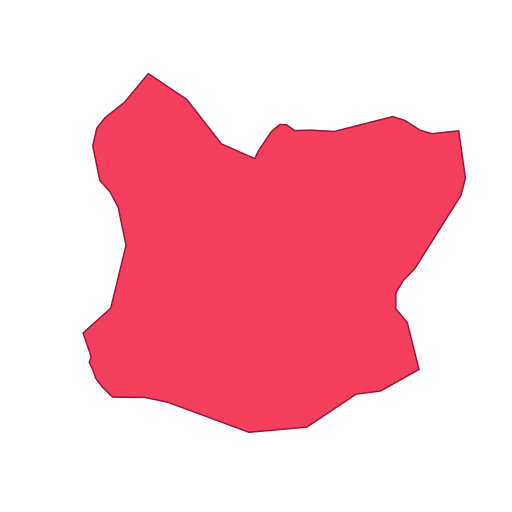 SVG path tracing the border of Grosuplje, rotated 285°
{"feature_id": "SVN-950", "entity_name": "Grosuplje", "entity_type": "Municipality", "adm_level": 1, "iso_a3": "SVN", "parent_name": "Slovenia", "parent_adm1": "", "projection": "natural_earth1", "projection_center": [14.681, 45.943], "detail": "fine", "context": "isolated", "style": "filled", "palette": "rose", "viewbox_px": 512, "rotation_deg": 285, "n_neighbors": 0, "source": "natural_earth", "source_scale": "10m", "svg_char_len": 723}
<svg xmlns="http://www.w3.org/2000/svg" viewBox="0 0 512 512"><g transform="rotate(285 256 256)"><path d="M404.3,104.8L389.2,148.8L355.3,193.6L349.7,229.6L357.4,230.9L380.1,238.6L389.2,244.9L390.6,251.4L387.2,260.9L391.9,277.0L396.6,299.5L426.1,352.0L425.4,364.8L420.0,381.9L419.7,394.3L429.4,419.4L385.3,438.2L367.4,438.2L284.8,412.6L270.4,404.5L256.6,400.7L241.2,404.7L230.8,419.4L188.6,442.8L157.9,411.3L148.5,388.5L103.9,349.3L83.9,294.9L91.9,208.4L90.6,185.1L82.6,154.1L89.6,141.6L96.3,132.9L102.6,128.8L110.3,122.4L116.0,122.9L136.9,108.9L168.0,129.2L232.8,127.7L267.7,110.1L280.1,98.5L288.5,85.7L320.2,69.8L338.6,69.2L350.6,74.5L370.7,89.3L404.3,104.8Z" fill="#f43f5e" stroke="#9f1239" stroke-width="1.5"/></g></svg>